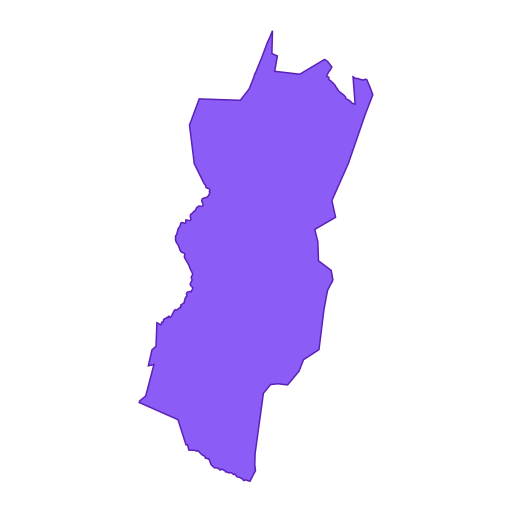 the district of San Felipe Usila, Oaxaca, Mexico
{"feature_id": "50627088B9279782447433", "entity_name": "San Felipe Usila", "entity_type": "district", "adm_level": 2, "iso_a3": "MEX", "parent_name": "Mexico", "parent_adm1": "Oaxaca", "projection": "robinson", "projection_center": [-96.517, 17.82], "detail": "fine", "context": "isolated", "style": "filled", "palette": "violet", "viewbox_px": 512, "rotation_deg": 0, "n_neighbors": 0, "source": "geoboundaries", "source_scale": "gbopen_adm2", "svg_char_len": 4621}
<svg xmlns="http://www.w3.org/2000/svg" viewBox="0 0 512 512"><path d="M372.8,94.8L370.3,87.9L366.7,79.5L365.9,79.4L365.7,79.4L364.9,79.3L364.3,79.8L363.3,79.8L362.5,80.1L362.1,79.8L360.4,79.5L359.9,79.1L359.2,79.1L357.8,78.5L357.1,78.4L356.7,78.4L356.2,78.5L355.3,78.2L354.2,77.6L353.8,77.2L353.6,77.1L353.0,76.8L353.8,87.0L355.1,104.2L353.9,103.8L353.3,103.6L352.1,103.2L351.6,102.7L351.2,102.1L350.5,101.4L350.1,101.2L349.6,100.7L348.6,100.0L348.0,99.7L347.3,99.4L346.5,99.0L346.1,98.8L345.8,98.5L345.6,97.3L345.4,96.8L345.0,96.4L344.5,95.9L344.2,95.6L343.7,95.0L343.1,94.5L342.3,93.9L340.9,92.8L339.7,91.9L339.3,91.5L338.8,91.0L338.3,90.6L337.9,89.8L337.6,89.4L337.3,88.7L336.2,87.4L335.7,86.6L335.4,85.9L335.2,85.5L334.9,85.1L334.5,84.7L333.4,83.3L332.8,82.7L332.4,82.5L331.7,81.7L331.0,81.1L330.4,80.6L329.7,80.2L329.1,79.6L328.8,78.8L328.9,77.9L328.8,77.5L328.4,77.0L327.6,76.8L327.0,76.5L326.7,75.8L326.9,75.2L327.2,74.8L327.4,74.3L327.7,73.9L327.9,73.4L328.2,72.9L328.7,72.0L328.9,71.6L330.2,70.0L330.5,69.4L330.9,68.8L331.6,67.5L331.8,66.9L328.7,62.9L328.3,62.2L327.4,61.4L326.7,60.8L325.9,60.2L325.1,59.7L324.4,59.5L299.8,74.2L274.7,71.3L277.4,56.0L271.9,53.5L272.5,30.7L270.1,36.6L267.6,42.0L266.8,44.1L261.4,58.4L255.8,72.1L255.6,72.7L255.0,73.3L253.6,77.8L253.1,79.0L251.7,82.7L250.9,84.5L249.8,87.3L249.7,87.6L249.3,88.7L249.2,88.9L240.3,100.3L199.2,98.9L189.5,125.1L194.1,162.3L194.1,163.4L204.3,184.0L204.8,184.3L205.3,185.0L205.6,185.9L205.8,186.9L206.0,187.5L206.4,187.8L207.0,187.9L207.6,188.3L208.1,188.4L208.7,188.7L209.4,189.1L209.6,189.5L209.9,190.2L209.7,190.8L209.5,191.2L209.3,191.6L209.4,192.2L209.5,192.5L210.0,193.1L209.5,193.7L209.2,194.3L208.8,194.9L208.5,195.5L208.0,196.1L207.8,196.4L207.3,197.1L206.8,197.1L206.3,197.3L205.4,197.9L205.1,197.8L204.4,197.9L203.9,198.1L202.9,198.4L202.4,198.7L202.1,199.4L201.8,200.1L201.7,200.8L201.8,201.4L202.1,202.1L202.6,202.8L202.8,203.4L202.9,204.3L203.0,204.8L202.9,205.6L202.4,206.2L202.0,206.3L201.4,206.4L200.9,206.2L200.0,206.2L199.0,206.0L198.2,206.5L197.4,207.0L197.0,207.3L196.5,207.9L196.1,208.8L195.9,209.2L195.6,209.8L195.3,210.6L194.8,210.9L193.6,211.6L192.6,212.9L190.6,214.5L190.3,215.9L190.4,216.4L190.3,217.3L190.7,217.9L190.8,218.4L191.0,219.3L190.6,220.1L189.6,220.4L188.8,220.5L187.9,220.3L186.2,219.9L185.8,219.9L185.9,220.9L185.7,222.4L185.5,223.0L184.3,223.3L183.2,222.8L182.5,222.7L181.9,222.5L180.9,223.0L180.5,223.8L180.4,224.9L180.2,225.7L179.9,226.2L179.6,227.0L178.4,228.1L178.2,228.7L177.9,229.7L177.8,230.4L177.6,230.9L177.3,231.9L177.1,232.7L177.0,233.2L176.8,233.8L176.8,234.2L176.6,234.7L175.9,235.4L175.6,236.0L175.6,236.5L175.5,237.4L175.6,238.2L175.5,239.0L175.6,240.3L176.0,241.6L176.5,242.6L177.0,243.3L177.4,244.0L178.0,244.9L178.5,245.7L178.9,246.7L179.3,248.0L179.7,249.2L180.6,251.3L181.0,251.5L181.5,252.1L182.4,252.6L183.4,252.8L184.3,253.4L184.8,254.2L184.5,255.5L184.4,256.1L184.4,256.7L184.5,257.5L184.9,258.3L187.0,261.9L188.7,264.9L189.4,266.6L190.2,268.9L191.0,270.4L191.5,271.3L192.0,272.3L192.2,272.9L192.4,273.3L192.6,273.8L192.5,274.7L192.2,275.2L191.9,276.0L191.3,277.0L191.3,277.9L191.6,278.7L191.9,279.3L192.1,280.1L191.6,281.1L191.1,281.8L190.3,283.7L190.2,284.6L190.9,285.8L192.8,287.7L192.8,288.3L191.6,290.8L191.3,291.7L189.3,291.5L188.6,291.9L187.6,292.0L186.9,292.7L186.4,293.8L186.9,296.0L186.7,296.2L185.7,297.3L184.8,299.5L184.2,302.0L184.4,302.6L180.9,304.9L180.9,306.7L180.5,306.6L180.4,307.1L180.6,307.3L176.2,310.2L175.3,309.6L173.8,311.2L172.7,313.7L171.7,315.7L170.2,317.4L168.8,316.2L168.2,316.4L168.2,317.5L166.7,317.6L166.7,317.9L164.8,318.7L163.7,319.4L163.3,321.7L162.2,321.9L162.1,322.7L161.5,322.9L161.6,323.9L160.8,324.3L160.6,324.8L156.9,322.7L156.0,346.3L152.0,349.8L148.3,365.8L153.9,364.6L145.7,396.0L139.6,401.0L139.2,402.5L178.0,419.7L186.0,444.9L187.7,445.1L188.8,450.1L194.7,450.3L196.6,451.2L197.9,450.6L200.7,453.5L202.6,455.2L204.8,456.2L205.5,458.3L206.3,458.1L208.2,459.0L208.9,458.8L209.1,459.4L211.1,464.7L214.4,467.8L217.9,468.1L220.2,470.1L221.7,469.0L225.7,471.4L225.7,471.9L226.7,471.9L228.1,472.7L230.0,472.8L231.2,472.6L233.6,474.5L235.0,474.1L235.9,475.5L237.2,476.9L239.0,477.1L242.5,479.0L243.7,480.6L245.5,479.9L250.0,481.3L253.5,474.3L255.5,470.8L254.8,464.6L255.1,453.6L263.4,393.3L270.6,384.5L278.0,383.8L287.6,384.9L299.0,371.2L303.5,359.7L319.0,349.6L323.9,310.0L327.5,290.5L328.4,288.8L330.9,283.8L331.3,283.2L332.3,281.7L332.6,280.1L332.9,279.8L331.2,270.4L318.5,260.8L318.3,254.6L317.8,241.7L314.8,229.4L335.6,217.3L331.9,200.5L339.2,184.1L348.3,163.6L365.1,114.8L372.8,94.8Z" fill="#8b5cf6" stroke="#5b21b6" stroke-width="1.5"/></svg>